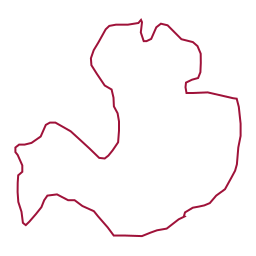 outline of Vasilevo
{"feature_id": "MKD-2995", "entity_name": "Vasilevo", "entity_type": "Statistical Region", "adm_level": 1, "iso_a3": "MKD", "parent_name": "North Macedonia", "parent_adm1": "", "projection": "natural_earth1", "projection_center": [22.608, 41.545], "detail": "fine", "context": "isolated", "style": "outline", "palette": "rose", "viewbox_px": 256, "rotation_deg": 0, "n_neighbors": 0, "source": "natural_earth", "source_scale": "10m", "svg_char_len": 1331}
<svg xmlns="http://www.w3.org/2000/svg" viewBox="0 0 256 256"><path d="M68.1,200.2L57.0,194.4L47.4,195.6L44.2,200.2L41.4,207.2L35.9,214.1L29.4,221.6L25.8,225.1L24.3,224.0L22.9,222.8L21.5,211.8L18.3,201.9L17.6,192.1L17.7,182.8L18.2,175.3L19.3,174.4L22.3,171.8L22.3,165.4L20.0,160.2L17.7,155.0L15.4,152.1L15.4,147.5L19.1,144.6L24.6,144.6L31.5,142.9L40.7,136.5L45.8,124.9L49.9,122.6L55.4,122.6L70.7,131.3L80.8,140.5L89.6,148.6L99.2,157.9L104.7,158.5L108.4,155.6L112.6,150.4L118.1,142.3L119.0,130.7L119.0,121.4L117.6,113.3L113.9,106.4L113.5,97.7L111.6,89.5L104.7,85.5L96.9,73.9L91.4,65.2L90.9,58.3L93.7,50.2L98.3,42.6L105.7,29.3L109.3,25.9L115.8,24.7L127.7,24.7L138.4,23.0L141.0,19.9L142.0,22.2L140.8,32.4L143.7,41.1L146.6,41.1L151.2,38.9L156.3,27.3L160.9,23.7L167.6,25.3L181.4,39.2L192.9,42.1L197.5,46.1L200.7,53.7L200.8,62.9L200.4,72.2L198.1,78.0L192.0,79.7L186.0,82.6L185.5,87.2L186.5,93.0L192.9,93.0L207.7,92.4L233.0,98.2L236.7,98.7L238.8,106.9L240.6,123.7L240.6,135.9L238.3,147.5L236.9,164.3L235.1,170.7L231.4,177.6L225.0,189.2L216.2,195.6L209.8,203.1L204.3,205.4L198.8,206.6L192.8,207.7L185.0,212.4L184.0,215.9L184.7,216.4L178.7,219.3L166.7,228.6L157.0,230.3L150.6,232.6L141.9,236.1L123.8,235.5L113.7,235.5L107.7,227.4L98.1,216.4L93.9,211.2L82.4,206.0L74.6,200.2L68.1,200.2Z" fill="none" stroke="#9f1239" stroke-width="2"/></svg>